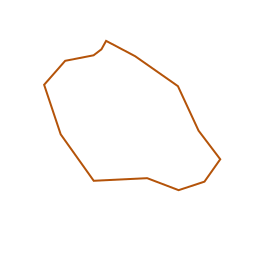 the Metropolitan Borough of Tameside, rotated 215°
{"feature_id": "GBR-5682", "entity_name": "Tameside", "entity_type": "Metropolitan Borough", "adm_level": 1, "iso_a3": "GBR", "parent_name": "United Kingdom", "parent_adm1": "", "projection": "orthographic", "projection_center": [-2.094, 53.459], "detail": "fine", "context": "isolated", "style": "outline", "palette": "amber", "viewbox_px": 256, "rotation_deg": 215, "n_neighbors": 0, "source": "natural_earth", "source_scale": "10m", "svg_char_len": 337}
<svg xmlns="http://www.w3.org/2000/svg" viewBox="0 0 256 256"><g transform="rotate(215 128 128)"><path d="M125.8,65.1L179.5,84.2L221.5,115.3L218.0,147.0L197.9,167.8L194.9,177.3L195.9,186.8L163.3,190.9L111.1,190.9L68.7,166.3L34.5,155.3L34.6,127.9L50.9,106.1L83.5,97.9L125.8,65.1Z" fill="none" stroke="#b45309" stroke-width="2"/></g></svg>